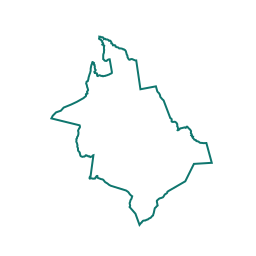 Jano, Olancho, Honduras, rotated 162°
{"feature_id": "27666195B16054115349616", "entity_name": "Jano", "entity_type": "district", "adm_level": 2, "iso_a3": "HND", "parent_name": "Honduras", "parent_adm1": "Olancho", "projection": "orthographic", "projection_center": [-86.513, 15.059], "detail": "fine", "context": "isolated", "style": "outline", "palette": "teal", "viewbox_px": 256, "rotation_deg": 162, "n_neighbors": 0, "source": "geoboundaries", "source_scale": "gbopen_adm2", "svg_char_len": 5897}
<svg xmlns="http://www.w3.org/2000/svg" viewBox="0 0 256 256"><g transform="rotate(162 128 128)"><path d="M59.1,69.0L58.1,89.5L61.0,90.3L61.7,90.7L63.9,91.6L64.5,92.2L65.0,93.1L66.1,94.0L67.0,94.4L67.1,95.2L67.2,95.5L67.7,95.9L68.3,96.2L68.5,96.4L69.1,98.2L69.4,98.5L69.5,98.8L69.4,99.0L68.9,99.6L69.1,99.7L69.4,99.8L69.6,99.9L69.7,100.1L69.8,100.4L69.8,100.6L69.4,101.1L69.4,101.5L69.9,101.7L69.7,101.9L69.5,102.0L69.4,102.2L69.5,103.1L69.6,103.3L69.8,103.5L69.7,104.1L69.1,105.2L69.0,105.6L69.4,107.2L70.7,109.6L71.0,110.5L71.3,111.0L71.6,111.1L71.9,111.1L72.6,110.6L72.9,110.3L73.1,110.3L73.4,110.5L73.8,111.0L74.1,111.1L77.2,111.3L78.4,111.5L78.9,111.3L79.3,110.9L79.7,110.7L81.3,110.4L81.5,110.6L81.4,110.7L81.1,110.8L80.9,110.9L80.6,111.7L80.4,113.7L80.7,114.4L80.2,115.5L80.2,115.9L80.0,116.4L80.0,116.7L80.2,117.1L80.3,117.8L80.4,118.2L80.8,118.6L81.3,119.3L81.6,119.5L82.0,119.6L83.5,119.9L84.4,120.5L84.5,120.7L84.4,121.2L83.9,122.2L83.8,123.2L83.9,123.5L84.7,124.3L85.6,143.1L85.8,143.7L86.1,144.1L86.4,144.6L86.9,145.8L87.6,147.4L87.6,148.2L87.5,148.7L87.4,149.2L87.7,151.4L88.5,152.8L88.8,153.8L88.6,159.0L104.2,161.0L99.3,189.7L99.8,189.8L100.0,189.9L100.7,190.4L102.7,192.2L103.1,192.4L103.8,192.6L105.2,192.4L105.5,192.5L105.9,192.8L106.2,193.6L106.3,194.2L106.6,195.4L106.3,196.5L106.2,197.3L106.3,197.7L106.5,198.0L106.5,198.8L106.4,199.5L106.4,200.3L106.3,201.6L106.7,203.0L107.3,203.5L107.5,204.0L107.8,204.1L108.2,204.2L108.3,204.6L108.9,205.1L110.2,205.9L110.9,206.1L111.8,206.4L111.9,206.6L112.2,207.3L112.5,207.6L112.8,207.9L113.7,208.3L114.3,208.9L114.7,209.2L114.7,209.3L114.5,209.9L114.6,210.4L114.7,210.6L115.3,211.0L115.9,211.1L116.3,211.2L116.6,211.2L116.8,211.3L116.7,212.1L117.1,213.3L117.7,213.7L117.4,214.3L117.3,214.6L117.7,216.1L117.8,216.4L118.1,216.6L118.4,216.8L118.7,216.8L118.8,216.7L119.0,216.7L119.6,217.9L120.0,218.3L120.4,218.6L121.3,218.9L121.6,219.0L121.8,219.2L122.0,219.7L122.2,219.9L122.7,220.2L123.5,220.0L123.5,220.5L123.6,221.1L123.8,221.7L124.0,222.1L125.3,222.5L125.8,223.2L126.2,223.4L126.6,223.5L127.0,223.7L127.1,223.0L127.7,222.4L127.9,222.0L127.9,221.6L127.7,221.3L126.6,220.5L126.3,219.4L125.8,218.8L125.8,218.2L126.0,217.7L125.8,217.2L125.5,216.3L125.5,216.0L125.6,215.8L126.2,215.6L126.6,215.3L126.2,215.0L125.9,214.9L125.9,214.3L125.5,214.2L125.4,213.7L125.2,213.5L125.8,212.5L126.5,210.5L126.5,209.6L127.1,208.6L127.4,207.5L127.8,206.8L128.3,206.3L129.0,205.1L130.3,201.2L130.2,201.1L129.9,200.7L129.6,199.7L129.3,199.2L129.0,199.0L128.0,198.5L127.7,198.4L126.5,199.0L125.4,199.2L124.6,199.1L124.2,199.0L126.0,186.4L126.2,185.7L126.5,185.2L126.9,185.1L128.8,184.9L129.4,184.7L130.7,184.7L131.8,184.6L133.0,184.7L133.7,184.6L134.7,184.9L135.8,184.9L136.2,185.4L136.7,185.6L137.4,185.8L138.6,186.9L139.5,187.1L139.9,187.0L140.1,187.0L140.6,186.7L141.0,186.9L141.1,187.1L141.0,188.3L140.7,189.1L140.7,189.4L140.9,189.7L141.4,189.9L141.9,190.4L142.6,190.6L142.7,191.7L142.7,191.8L142.5,192.0L142.2,192.0L141.6,192.3L141.1,192.7L140.8,193.1L141.2,194.2L141.0,195.0L141.0,195.8L140.5,196.8L140.5,197.7L140.3,198.2L140.4,198.3L140.8,198.6L140.9,198.8L140.7,199.4L140.3,200.1L140.2,200.3L140.3,200.5L141.2,201.6L141.4,201.7L141.6,201.5L141.7,201.2L142.1,200.9L142.3,200.3L143.1,199.5L144.0,198.1L145.2,195.9L145.9,193.7L146.3,193.3L146.9,192.2L147.6,191.4L148.5,190.2L149.2,189.1L149.7,188.5L150.0,187.9L150.3,187.5L150.4,187.0L151.3,185.7L151.8,185.0L152.7,185.0L153.1,184.8L153.3,184.5L153.5,184.0L154.0,183.4L154.1,183.1L153.9,181.9L154.0,181.3L154.0,180.7L154.2,179.7L154.1,178.6L154.2,176.5L154.5,176.1L155.5,175.4L155.8,175.1L155.9,174.7L155.8,173.7L155.9,173.3L156.2,173.2L157.3,173.3L157.6,173.1L157.7,172.9L157.8,171.9L158.1,171.5L158.4,171.2L159.7,170.8L161.0,170.2L168.5,168.7L174.7,167.9L182.9,167.3L186.5,165.2L191.6,165.1L195.8,162.9L197.9,160.8L173.2,145.5L173.2,145.1L173.2,144.5L173.4,143.9L173.5,143.6L173.8,143.2L174.7,142.7L175.4,141.8L176.0,141.3L176.2,141.1L176.4,140.6L176.4,139.3L176.7,138.6L177.0,137.6L178.1,135.9L179.2,135.1L179.7,134.0L180.2,133.6L180.6,133.4L180.7,132.5L181.4,131.0L181.4,130.6L181.2,129.3L181.3,128.4L181.4,127.1L181.7,126.7L182.0,125.9L182.0,125.7L181.9,124.8L181.8,124.2L182.3,122.8L182.4,122.2L182.3,121.3L181.7,120.2L181.5,119.6L181.5,119.4L181.7,119.1L181.7,118.9L181.7,118.4L181.6,118.0L181.8,117.3L181.8,116.6L181.7,116.0L181.5,115.7L180.6,114.9L180.1,114.6L179.3,114.6L178.9,114.5L178.5,114.3L177.5,114.5L176.9,115.0L176.6,115.1L176.4,115.0L176.1,114.9L176.0,114.5L175.0,114.1L174.5,113.2L174.1,113.1L173.7,113.1L173.4,113.0L172.9,112.0L172.4,112.1L171.1,112.0L170.6,112.3L169.8,112.8L169.3,112.8L178.5,93.7L179.1,93.6L179.5,93.2L180.0,92.4L180.1,92.2L180.1,91.9L180.0,91.7L179.9,91.6L179.2,91.7L178.4,91.6L177.0,90.6L176.1,90.4L175.1,90.1L174.9,90.2L174.3,90.9L173.6,91.3L173.0,91.8L172.5,92.0L172.2,92.0L172.0,91.9L171.9,91.8L171.9,91.6L172.5,90.7L172.5,90.3L172.1,89.9L171.6,89.5L171.4,89.3L170.1,88.3L169.7,87.9L168.1,87.0L167.8,86.7L167.4,86.1L166.9,84.7L166.4,83.5L165.8,82.9L165.4,82.3L164.9,81.9L163.5,79.7L162.1,78.3L149.2,69.2L148.1,67.8L147.6,67.1L147.3,66.4L146.9,64.9L146.3,63.5L145.6,62.4L145.1,61.8L146.6,59.6L148.0,58.5L149.0,56.8L149.5,56.3L149.8,55.5L149.9,54.0L150.0,53.3L150.4,52.8L150.9,52.4L147.4,44.2L147.0,32.3L145.1,33.6L144.2,33.9L144.1,34.1L143.7,34.4L142.4,35.1L142.0,35.1L141.0,35.0L140.6,34.8L140.3,34.7L139.4,34.8L138.9,35.0L138.5,34.9L138.0,34.9L137.3,34.9L136.5,35.3L135.9,35.4L135.5,35.5L134.3,35.6L133.6,35.9L133.1,36.3L132.2,36.8L131.2,37.1L130.7,38.0L129.9,39.0L127.4,43.3L127.0,43.6L125.7,44.1L125.2,44.6L123.9,45.0L123.7,45.2L123.7,45.4L123.7,46.5L123.5,47.3L123.4,48.5L123.2,49.2L123.2,49.6L122.9,50.0L122.0,50.4L120.5,51.1L119.4,51.3L117.9,51.2L116.5,51.3L116.2,51.3L115.4,51.8L113.7,53.3L113.0,53.6L112.2,53.7L111.0,54.1L110.7,54.4L110.2,55.2L108.8,55.6L90.0,59.6L76.4,73.5L59.1,69.0Z" fill="none" stroke="#0f766e" stroke-width="2"/></g></svg>